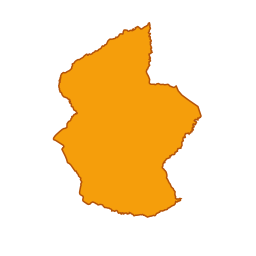 Areza, Debub, Eritrea (orthographic projection), rotated 156°
{"feature_id": "51966322B88449484299376", "entity_name": "Areza", "entity_type": "district", "adm_level": 2, "iso_a3": "ERI", "parent_name": "Eritrea", "parent_adm1": "Debub", "projection": "orthographic", "projection_center": [38.502, 14.876], "detail": "fine", "context": "isolated", "style": "filled", "palette": "amber", "viewbox_px": 256, "rotation_deg": 156, "n_neighbors": 0, "source": "geoboundaries", "source_scale": "gbopen_adm2", "svg_char_len": 5766}
<svg xmlns="http://www.w3.org/2000/svg" viewBox="0 0 256 256"><g transform="rotate(156 128 128)"><path d="M198.7,79.5L197.4,77.3L196.9,76.8L196.7,75.9L196.1,75.6L195.9,75.0L195.2,74.3L193.7,74.0L192.1,74.7L190.2,74.8L188.5,72.9L188.2,72.2L187.5,71.6L186.7,70.0L186.0,69.7L184.6,69.6L183.0,68.6L182.5,68.0L182.3,66.6L181.6,64.8L180.3,64.2L178.9,63.0L178.0,62.6L177.3,61.5L176.6,60.9L176.1,60.0L176.6,58.9L175.2,58.5L174.0,57.3L172.5,57.5L171.7,57.0L171.3,54.1L169.5,53.6L169.4,52.5L169.1,52.1L168.5,52.0L168.3,52.8L167.9,52.9L166.9,52.1L166.8,51.2L165.7,51.5L164.1,51.0L163.8,50.6L163.8,49.9L163.6,49.7L163.0,49.9L162.7,49.9L162.4,49.4L161.6,49.4L161.2,49.6L161.0,50.1L160.1,49.2L159.8,48.3L158.6,47.0L158.3,45.5L157.9,45.3L156.3,45.2L155.7,44.8L153.3,44.1L152.0,43.9L150.7,43.1L150.1,43.2L149.6,42.8L149.3,42.0L148.6,41.7L146.4,38.7L143.7,38.4L142.4,38.0L140.1,37.8L139.4,37.1L138.7,37.0L136.6,38.3L135.1,38.2L134.0,38.4L133.4,38.2L132.3,39.0L130.5,38.4L130.0,38.0L129.4,38.2L128.5,38.0L127.6,38.3L126.8,37.9L125.3,37.7L123.9,38.5L122.5,38.4L119.8,38.9L117.0,38.9L115.7,39.6L114.3,41.4L113.4,40.4L112.1,41.0L111.6,40.8L111.4,40.4L110.8,40.6L109.6,40.5L109.2,41.6L108.4,41.9L109.3,42.6L110.6,42.5L111.7,43.1L112.6,43.3L113.2,44.7L112.4,45.8L112.5,47.0L112.2,47.7L112.2,48.4L110.9,50.6L111.5,53.1L111.3,54.1L112.4,56.5L112.3,59.8L112.7,61.1L112.8,65.2L113.1,66.4L112.8,67.3L112.1,68.1L111.5,69.6L111.1,72.1L111.4,73.8L111.9,74.7L111.9,75.5L112.8,77.4L112.7,77.9L112.6,78.4L111.6,79.1L110.8,80.8L109.4,82.0L108.6,81.4L108.3,81.6L108.2,82.8L107.0,83.1L105.5,84.1L101.7,83.9L101.3,84.7L100.8,84.8L100.8,85.0L101.1,85.3L100.9,85.6L99.9,85.2L99.0,85.6L98.1,85.6L97.2,85.1L96.3,85.0L95.6,85.4L95.0,86.6L94.6,86.7L93.6,86.5L93.1,86.9L92.3,86.7L92.0,87.5L90.8,88.9L90.1,88.6L88.9,88.5L88.0,88.0L87.8,88.1L87.5,88.8L85.7,90.2L84.8,92.8L83.8,93.7L82.9,93.7L82.6,94.0L82.5,95.2L81.6,96.6L81.1,97.0L80.1,96.4L80.0,96.1L79.4,96.3L79.2,98.0L77.9,99.4L77.5,99.5L76.6,99.0L75.0,98.8L74.7,97.6L74.1,98.0L72.5,98.2L71.9,99.1L71.0,98.7L70.0,100.4L69.4,99.7L69.1,99.8L69.0,101.0L69.3,101.7L69.0,102.1L67.5,102.0L67.1,102.3L67.0,103.0L67.7,103.5L67.1,105.0L66.3,105.1L65.9,104.7L65.5,103.8L65.1,103.7L64.7,104.0L64.1,104.8L63.3,105.0L63.2,106.2L64.4,107.3L64.5,107.7L64.3,107.9L63.1,108.4L62.0,107.9L61.4,107.2L60.7,107.0L60.6,108.0L60.1,108.6L59.6,108.1L59.1,108.1L58.4,108.6L57.6,108.3L56.4,109.2L55.4,119.2L61.1,128.5L65.4,136.1L67.0,141.5L66.9,146.7L67.5,146.7L68.9,146.2L70.1,146.7L72.7,149.4L73.3,151.0L73.8,151.7L76.1,152.3L77.3,152.8L78.1,153.6L80.5,154.4L82.2,156.3L83.7,156.6L85.0,156.4L85.7,156.6L86.1,157.2L89.4,158.7L90.2,160.0L90.0,161.1L88.5,163.5L88.3,166.9L88.6,170.7L88.2,172.4L87.3,173.2L87.0,173.8L85.9,174.0L85.0,175.2L82.6,176.6L82.9,177.9L82.0,179.3L82.0,179.7L81.8,179.9L80.3,180.1L80.0,180.8L80.0,181.5L80.6,182.2L79.4,182.5L79.1,182.8L79.1,183.1L79.6,183.3L79.7,183.5L79.1,184.1L79.1,185.8L78.8,186.2L78.8,186.9L77.3,186.9L75.1,187.4L75.1,187.6L75.8,188.1L75.0,189.0L75.3,189.5L75.1,189.9L75.2,190.8L75.1,191.1L74.0,191.4L73.9,191.6L74.1,192.0L73.7,192.5L73.9,193.0L73.6,195.3L73.1,196.1L72.8,196.1L72.9,196.8L72.5,197.0L72.5,197.6L71.7,197.7L71.2,198.6L71.7,200.2L71.0,201.2L70.6,202.5L71.5,202.9L71.4,203.4L70.6,204.2L69.3,205.0L69.2,205.2L70.0,205.6L70.5,206.3L70.6,206.7L69.3,207.7L68.5,208.9L67.1,209.7L66.9,210.8L67.1,211.5L66.3,212.6L66.4,213.2L66.0,213.6L65.7,215.3L66.4,215.4L66.8,215.3L68.1,213.9L70.4,213.6L71.7,213.6L75.1,212.9L76.1,213.3L76.3,214.1L76.9,214.9L77.3,216.0L77.9,216.7L79.6,216.6L80.1,216.2L80.5,216.5L80.9,215.7L81.8,215.3L82.4,215.3L82.8,216.3L83.8,216.2L84.0,216.0L83.9,215.2L84.5,215.2L86.2,216.3L87.3,216.1L88.2,216.2L88.7,216.6L89.0,217.6L90.9,218.8L91.8,219.0L93.1,217.9L94.2,216.2L94.6,216.0L96.2,216.9L97.1,217.1L98.0,216.8L98.5,216.2L100.6,215.2L101.0,215.1L102.0,215.9L102.8,215.2L103.4,215.1L104.8,215.4L105.7,215.4L106.7,215.8L107.5,215.9L108.0,216.4L108.8,216.5L110.9,215.7L113.6,213.3L114.2,213.2L115.2,213.4L115.7,213.0L117.0,212.6L117.8,213.3L118.2,213.3L120.4,211.7L123.0,211.6L124.0,210.9L125.4,211.1L126.2,211.6L126.6,211.7L127.5,211.0L129.5,211.0L130.8,210.4L132.0,210.4L132.4,210.5L133.1,211.3L133.7,211.3L134.8,210.8L135.2,210.9L135.5,212.1L136.0,212.3L139.0,211.5L140.3,210.8L143.3,210.5L144.4,210.2L145.9,210.8L147.5,210.7L149.2,210.3L151.2,209.1L152.7,209.2L153.1,208.6L153.4,207.4L154.7,206.5L155.1,205.4L156.1,205.0L158.0,204.3L161.0,204.2L161.8,203.9L163.3,204.1L164.4,204.9L165.0,204.9L165.9,204.5L166.6,204.5L168.5,202.8L168.7,201.8L169.7,201.3L169.6,200.4L170.6,200.2L170.5,199.3L171.7,199.0L171.2,198.3L171.3,197.6L172.5,197.1L173.1,195.8L173.8,195.2L174.5,193.3L174.6,191.7L175.1,190.9L175.0,189.8L175.4,188.7L174.5,187.5L174.6,184.8L174.1,182.8L171.5,180.3L170.8,178.6L169.8,177.8L169.8,177.2L170.7,176.6L169.9,175.8L170.0,175.6L170.7,175.6L171.0,175.1L170.9,174.3L170.2,173.8L170.1,173.4L170.3,172.1L170.9,171.1L170.5,170.1L169.8,169.7L170.1,166.7L169.8,166.0L168.7,165.0L168.8,164.1L168.3,162.3L168.8,161.9L169.3,161.9L170.2,162.4L170.8,162.0L171.9,162.2L173.1,161.2L174.5,161.3L174.8,161.1L174.9,160.2L176.1,159.7L177.1,158.5L178.4,158.0L179.6,158.1L181.9,156.7L183.6,153.4L185.4,153.2L186.9,153.6L188.5,153.5L191.7,152.6L196.3,151.1L198.3,150.2L200.1,149.0L200.6,148.1L200.5,147.4L199.2,146.2L194.3,138.8L194.1,138.1L194.1,137.3L194.5,136.7L195.7,136.4L196.1,135.8L196.8,135.7L197.0,135.4L196.7,128.0L196.8,124.6L197.3,121.2L197.0,120.5L196.0,119.3L195.2,117.3L193.9,110.2L192.9,109.6L193.0,108.5L192.8,108.0L192.9,107.3L192.3,105.6L192.7,104.3L191.5,101.4L192.4,100.3L192.2,97.5L193.8,96.1L194.0,95.7L194.1,94.9L195.0,93.9L198.3,89.1L198.7,88.2L198.8,87.5L198.7,86.6L197.0,84.2L196.9,83.7L197.1,82.8L198.4,81.0L198.7,80.2L198.7,79.5Z" fill="#f59e0b" stroke="#b45309" stroke-width="1.5"/></g></svg>